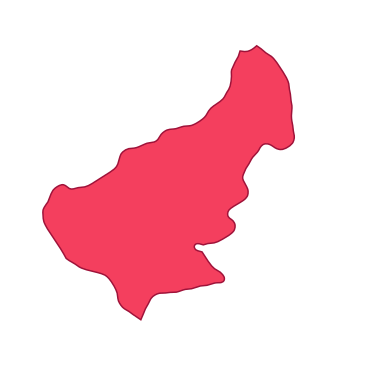 Sabana Yegua, Azua, Dominican Republic, rotated 147°
{"feature_id": "3306468B31402927654959", "entity_name": "Sabana Yegua", "entity_type": "district", "adm_level": 2, "iso_a3": "DOM", "parent_name": "Dominican Republic", "parent_adm1": "Azua", "projection": "robinson", "projection_center": [-70.887, 18.416], "detail": "fine", "context": "isolated", "style": "filled", "palette": "rose", "viewbox_px": 384, "rotation_deg": 147, "n_neighbors": 0, "source": "geoboundaries", "source_scale": "gbopen_adm2", "svg_char_len": 3099}
<svg xmlns="http://www.w3.org/2000/svg" viewBox="0 0 384 384"><g transform="rotate(147 192 192)"><path d="M304.5,112.7L299.3,116.2L294.7,119.4L289.7,122.0L285.1,124.7L284.1,125.1L281.8,125.7L279.5,125.8L277.2,125.6L275.0,125.0L274.0,124.6L269.3,121.8L265.2,119.8L259.6,116.5L257.4,115.8L252.9,114.7L250.7,114.0L245.0,111.1L236.1,108.6L230.3,105.6L222.6,103.3L220.7,102.4L217.4,100.4L216.5,100.1L214.6,99.9L213.6,100.2L212.7,100.8L212.0,101.7L211.5,102.7L211.3,103.8L211.3,106.0L212.0,109.4L214.9,115.4L215.8,119.3L216.2,124.9L216.2,136.3L219.0,139.4L220.1,141.1L220.4,142.1L220.4,143.2L220.2,144.3L219.6,145.3L218.6,146.0L217.6,146.2L216.7,146.2L215.7,145.8L214.1,144.7L211.3,141.5L206.9,140.2L201.2,137.3L197.4,136.3L192.1,135.8L184.5,135.6L181.0,135.9L178.7,136.4L177.6,136.9L176.7,137.5L175.1,139.0L173.9,140.8L173.5,141.9L173.3,143.0L173.3,145.3L173.8,147.2L174.8,149.7L175.0,151.5L174.9,152.5L174.5,153.4L174.0,154.3L172.6,155.8L170.6,156.8L168.3,157.2L164.6,157.3L157.0,157.0L153.3,157.0L150.8,157.3L148.5,158.1L147.5,158.6L145.9,160.1L144.6,162.0L144.1,163.0L143.7,164.2L143.3,166.6L142.7,173.6L142.1,175.8L141.5,176.7L140.9,177.5L139.3,178.8L134.1,182.3L129.0,184.6L124.2,187.2L122.1,188.1L115.5,189.8L113.5,190.6L110.8,192.1L108.9,192.8L106.7,193.1L105.6,192.9L104.5,192.6L102.7,191.4L101.9,190.7L100.6,189.0L99.6,187.0L98.3,183.9L97.2,182.0L95.7,180.3L94.9,179.6L92.8,178.4L89.4,177.6L87.1,177.5L84.7,177.5L81.3,178.2L80.2,178.7L78.4,180.0L76.8,181.6L75.6,183.5L73.8,187.9L71.3,193.0L69.5,197.4L68.4,199.6L67.1,201.8L62.5,207.9L61.2,210.0L59.3,214.5L56.2,220.5L54.4,225.0L51.9,230.1L51.2,232.5L50.6,236.4L50.3,243.3L50.4,254.3L50.9,259.7L51.5,262.2L54.3,268.5L56.1,274.5L58.1,279.4L61.5,279.0L63.9,278.9L66.2,279.1L68.5,279.6L69.5,280.1L71.5,281.2L74.9,284.1L79.3,280.5L85.2,277.4L92.3,272.8L93.6,271.3L95.9,267.5L98.9,263.6L102.4,260.0L105.4,258.0L108.5,256.6L113.2,254.0L115.4,253.2L119.2,252.6L126.8,252.4L130.5,252.0L133.9,250.9L138.7,248.5L141.0,247.8L143.5,247.4L147.3,247.2L151.2,247.3L153.7,247.6L156.2,248.1L158.3,249.0L163.1,251.6L165.2,252.3L170.8,253.8L172.8,254.7L176.6,256.7L178.7,257.4L179.8,257.7L182.1,257.8L184.4,257.6L186.6,257.1L192.1,254.6L194.2,254.3L196.4,254.5L203.2,257.4L205.7,257.9L212.0,258.9L214.5,259.5L216.6,260.3L221.4,262.8L224.8,263.5L228.2,263.3L230.4,262.7L231.5,262.1L233.4,260.7L238.9,255.9L241.0,254.7L242.2,254.2L244.7,253.6L250.0,253.3L271.5,253.5L275.4,253.8L279.2,254.7L285.0,257.6L290.0,259.3L291.7,260.3L293.0,261.8L294.6,266.2L295.7,267.9L296.5,268.6L297.5,269.1L299.7,269.7L302.2,269.9L304.6,269.8L307.1,269.3L308.3,268.8L311.2,267.2L318.3,262.1L320.7,261.2L324.3,259.6L326.1,258.5L326.9,257.8L328.2,256.1L331.2,250.8L332.2,248.3L332.6,246.9L333.0,244.1L333.3,239.8L333.1,216.1L333.3,210.2L333.7,204.8L332.3,201.3L329.2,195.1L327.4,190.6L326.1,188.4L322.9,184.3L314.9,175.7L312.4,172.8L310.2,169.6L309.3,167.1L308.8,164.6L308.5,160.7L308.6,155.5L309.0,151.7L309.8,148.0L312.2,142.9L313.0,140.7L313.3,138.2L313.3,135.7L313.0,133.2L312.3,130.9L309.8,125.8L308.1,121.2L304.5,112.7Z" fill="#f43f5e" stroke="#9f1239" stroke-width="1.5"/></g></svg>